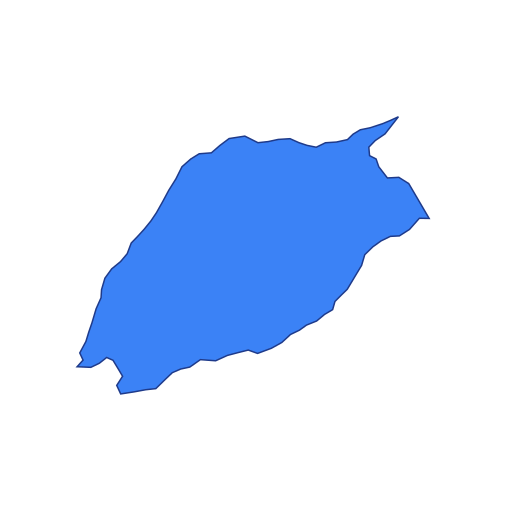 Dirce Reis, São Paulo, Brazil, rotated 38°
{"feature_id": "56859067B30204819137287", "entity_name": "Dirce Reis", "entity_type": "district", "adm_level": 2, "iso_a3": "BRA", "parent_name": "Brazil", "parent_adm1": "São Paulo", "projection": "natural_earth1", "projection_center": [-50.628, -20.447], "detail": "fine", "context": "isolated", "style": "filled", "palette": "blue", "viewbox_px": 512, "rotation_deg": 38, "n_neighbors": 0, "source": "geoboundaries", "source_scale": "gbopen_adm2", "svg_char_len": 1315}
<svg xmlns="http://www.w3.org/2000/svg" viewBox="0 0 512 512"><g transform="rotate(38 256 256)"><path d="M251.4,429.3L258.7,422.2L260.5,408.8L261.9,399.4L266.2,391.5L272.2,384.3L276.0,371.9L288.7,363.4L294.7,351.9L301.4,343.1L307.8,334.9L317.2,331.8L324.9,319.3L329.6,308.2L331.5,296.6L335.9,287.7L338.3,279.4L343.8,269.9L346.0,259.8L349.4,251.1L346.2,243.2L347.2,234.8L348.4,226.0L346.5,210.7L345.0,198.4L340.9,188.0L342.4,176.9L345.3,167.0L349.8,157.8L356.6,151.9L360.6,140.5L361.5,125.7L369.3,119.8L331.8,104.9L320.1,106.1L311.5,113.6L297.8,110.1L290.9,105.6L283.7,107.0L277.9,100.8L278.9,91.6L282.5,80.3L282.5,58.6L278.2,66.9L274.1,74.1L266.9,84.8L260.5,92.3L257.5,100.2L256.4,108.0L249.2,116.7L241.0,124.0L236.5,133.2L228.1,137.4L219.9,140.3L210.6,142.6L201.7,150.5L195.2,158.3L187.8,165.5L173.4,168.4L162.5,180.0L159.5,191.1L157.3,202.2L148.3,210.4L144.9,219.6L142.7,231.2L145.4,244.5L146.8,257.9L149.0,270.7L150.9,283.2L151.6,293.1L151.4,303.9L150.6,314.1L149.7,322.6L153.1,333.5L152.7,343.8L150.2,355.0L150.6,366.5L155.0,377.6L159.6,384.3L162.5,396.0L167.9,409.7L171.1,419.0L174.6,428.1L176.8,440.9L183.8,444.5L183.2,453.4L194.4,445.4L198.6,436.9L200.8,427.9L207.5,426.2L217.0,429.8L224.9,432.9L225.9,443.7L234.3,448.0L243.6,438.1L251.4,429.3Z" fill="#3b82f6" stroke="#1e3a8a" stroke-width="1.5"/></g></svg>